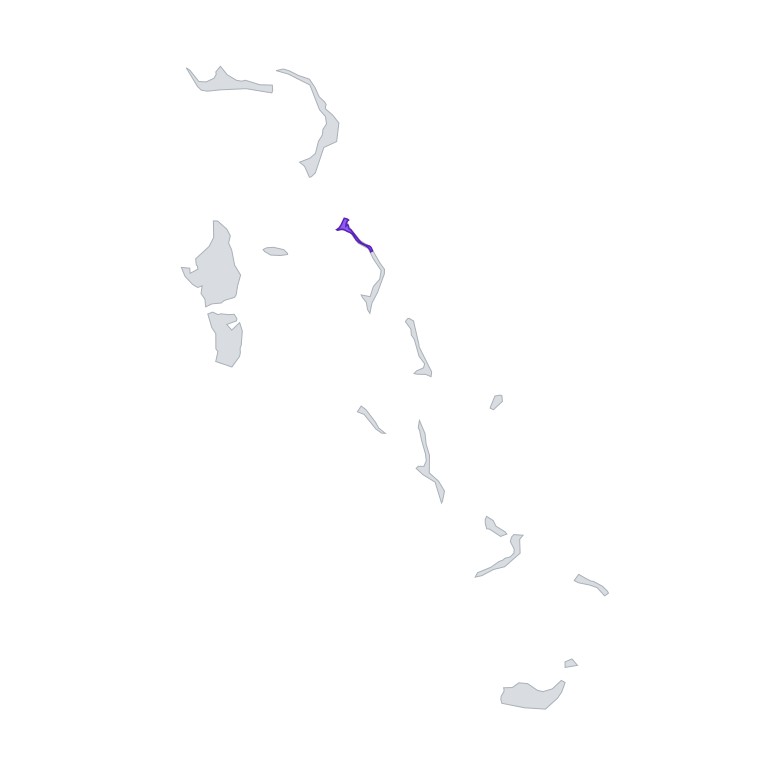 where North Eleuthera sits in The Bahamas, rotated 14°
{"feature_id": "BHS-5027", "entity_name": "North Eleuthera", "entity_type": "District", "adm_level": 1, "iso_a3": "BHS", "parent_name": "The Bahamas", "parent_adm1": "", "projection": "albers", "projection_center": [-76.584, 25.425], "detail": "fine", "context": "in_parent", "style": "filled", "palette": "violet", "viewbox_px": 768, "rotation_deg": 14, "n_neighbors": 0, "source": "natural_earth", "source_scale": "10m", "svg_char_len": 3918}
<svg xmlns="http://www.w3.org/2000/svg" viewBox="0 0 768 768"><g transform="rotate(14 384 384)"><path d="M218.5,313.0L218.2,324.4L219.0,333.0L218.1,336.0L208.8,341.6L206.4,344.8L197.6,347.9L192.3,352.3L189.7,345.0L184.6,340.5L183.8,332.8L179.9,335.4L174.2,333.7L165.0,327.8L159.2,319.9L167.5,318.6L169.1,323.5L175.7,317.6L174.3,314.5L173.1,314.0L171.0,308.1L181.0,292.9L183.3,283.0L179.0,267.0L183.2,266.1L194.1,271.8L199.0,277.3L199.1,284.8L203.7,290.7L210.3,304.8L218.5,313.0ZM225.5,356.2L225.6,358.4L217.0,364.3L223.2,368.5L229.1,359.4L233.7,366.9L236.1,381.0L235.7,383.4L236.1,385.5L237.0,388.2L237.2,392.1L232.3,404.3L215.3,402.9L215.0,392.6L212.4,390.6L208.6,375.8L203.3,371.0L196.1,358.7L200.4,355.7L206.1,356.8L209.0,355.3L216.9,354.2L221.8,352.6L225.5,356.2ZM630.9,640.0L628.3,647.0L619.3,660.4L598.5,664.2L575.6,665.3L573.7,661.8L573.2,658.6L574.7,653.7L574.5,651.8L573.6,649.8L581.9,647.5L587.2,641.3L595.9,640.0L606.8,644.1L612.6,644.1L621.1,639.1L627.8,628.7L632.0,629.9L630.9,640.0ZM263.3,200.6L261.6,201.4L254.3,192.0L248.4,189.2L257.7,182.6L261.7,176.8L261.7,164.3L263.9,157.5L263.2,151.6L265.3,145.5L262.5,138.7L254.9,133.3L239.8,111.8L215.9,106.4L203.5,106.0L210.3,102.7L216.6,103.1L226.3,105.3L237.9,106.3L245.0,112.7L251.7,121.1L257.8,124.5L260.3,126.7L260.0,129.1L261.0,131.4L269.0,135.4L277.1,141.7L279.4,160.2L268.4,169.0L266.3,195.8L263.3,200.6ZM157.1,121.9L167.2,125.0L172.7,124.6L176.0,122.8L191.1,123.7L203.3,121.0L205.0,126.1L204.7,128.7L178.8,130.8L154.9,137.9L141.8,142.6L135.6,143.1L131.0,140.4L115.6,125.0L119.7,126.5L131.2,135.3L138.4,133.9L145.2,128.3L146.3,124.0L145.3,122.0L148.4,115.3L157.1,121.9ZM312.2,240.0L326.2,250.6L338.2,254.6L351.1,267.9L356.7,272.6L357.7,276.9L355.6,296.6L352.7,308.5L353.2,318.9L350.1,315.8L347.0,309.0L342.0,305.1L340.3,303.1L349.4,302.6L350.1,291.9L354.5,283.4L353.8,274.6L343.2,265.0L336.0,256.4L324.9,253.7L314.6,245.2L308.5,244.2L301.0,245.7L303.7,240.6L305.6,233.9L306.9,232.7L312.2,240.0ZM469.1,483.2L468.6,485.6L457.4,466.9L443.6,462.5L435.6,458.1L437.2,455.5L442.7,454.3L443.6,448.3L441.2,441.9L433.8,429.0L429.6,420.2L427.8,418.2L427.2,410.8L435.8,422.2L439.5,432.3L445.4,442.2L449.4,459.3L460.5,465.1L468.6,473.3L469.1,483.2ZM525.3,546.3L519.2,549.3L520.5,544.4L532.1,535.9L538.5,528.5L542.1,525.9L543.4,523.9L548.5,521.1L551.0,516.4L550.2,512.6L544.7,506.4L544.7,501.9L546.4,498.7L555.5,497.1L553.2,501.9L557.0,515.2L545.3,532.1L535.1,537.5L525.3,546.3ZM427.3,360.7L427.9,365.5L422.2,364.6L413.7,366.5L410.6,366.6L412.5,363.3L418.4,358.8L418.6,354.6L411.3,348.6L402.7,333.5L398.7,329.9L396.8,324.3L389.6,318.2L391.1,314.9L392.5,314.2L397.4,315.7L408.4,337.4L409.1,339.5L427.3,360.7ZM626.6,523.8L632.0,525.1L635.0,524.9L645.0,527.4L651.1,531.1L652.4,532.7L649.3,536.2L640.0,530.0L631.9,529.3L620.7,529.8L616.1,528.7L619.0,521.6L626.6,523.8ZM537.4,498.2L539.5,499.8L534.0,503.7L521.4,499.3L518.6,499.6L516.0,494.7L515.0,491.0L515.6,487.6L523.0,490.1L527.1,494.9L537.4,498.2ZM252.5,284.4L242.9,286.3L236.0,284.3L234.2,282.8L237.2,280.2L243.7,278.1L254.1,277.9L258.7,280.5L259.2,281.6L252.5,284.4ZM397.2,431.6L393.6,432.2L387.1,429.7L372.0,418.3L364.9,417.4L367.2,410.9L372.6,413.2L384.8,423.0L389.4,427.9L397.2,431.6ZM503.1,372.2L496.4,382.5L492.7,381.7L494.6,368.8L499.3,366.7L501.2,366.8L503.1,372.2ZM639.8,610.2L628.3,615.2L626.9,609.8L632.8,605.3L639.8,610.2Z" fill="#d9dde1" stroke="#a8b0b8" stroke-width="1"/><path d="M339.1,259.0L338.0,257.3L335.8,255.5L332.6,254.3L325.7,252.8L322.2,251.0L317.1,246.1L313.8,245.1L311.9,244.9L308.4,244.0L306.8,243.8L304.9,244.3L301.9,246.0L300.7,245.7L302.8,243.5L304.0,239.8L305.3,232.8L304.7,232.8L307.7,232.8L309.0,233.0L310.0,233.5L309.0,234.9L308.6,236.4L308.6,238.0L308.8,240.0L310.1,238.2L311.1,239.1L311.8,240.9L312.6,241.9L314.3,242.3L325.1,250.7L328.2,252.5L332.1,253.5L336.1,253.6L337.5,254.0L338.8,255.1L340.7,257.7L339.1,259.0Z" fill="#8b5cf6" stroke="#5b21b6" stroke-width="1.5"/></g></svg>